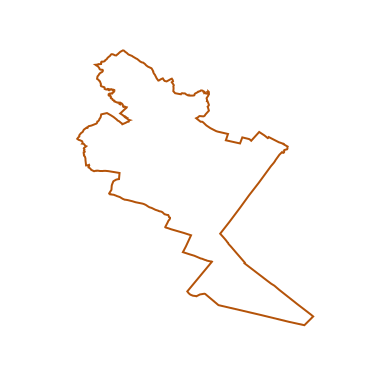 Grebanu, Buzau, Romania, rotated 349°
{"feature_id": "2599482B43231848905676", "entity_name": "Grebanu", "entity_type": "district", "adm_level": 2, "iso_a3": "ROU", "parent_name": "Romania", "parent_adm1": "Buzau", "projection": "natural_earth1", "projection_center": [26.952, 45.364], "detail": "fine", "context": "isolated", "style": "outline", "palette": "amber", "viewbox_px": 384, "rotation_deg": 349, "n_neighbors": 0, "source": "geoboundaries", "source_scale": "gbopen_adm2", "svg_char_len": 5806}
<svg xmlns="http://www.w3.org/2000/svg" viewBox="0 0 384 384"><g transform="rotate(349 192 192)"><path d="M287.2,337.3L285.5,335.2L274.1,322.3L258.8,304.5L255.0,299.7L252.2,297.1L248.6,293.1L229.9,272.0L230.4,271.5L223.5,259.5L220.1,253.5L218.2,250.4L217.8,249.6L217.7,248.7L217.3,248.4L216.3,246.2L214.1,242.3L211.7,238.3L222.9,228.6L236.4,216.4L247.4,206.1L259.3,195.7L274.3,181.8L277.8,179.0L279.5,177.4L279.7,177.0L284.9,172.1L287.9,170.1L288.0,170.5L289.1,171.0L289.3,171.0L289.7,170.8L290.0,170.5L290.2,169.9L290.2,169.1L290.7,168.4L293.5,168.2L293.9,167.7L294.1,167.1L294.3,165.8L294.5,165.6L291.0,162.6L291.2,162.3L290.8,162.0L290.7,162.1L290.2,161.8L289.8,161.5L287.5,160.1L287.1,160.0L279.7,154.2L277.8,152.7L277.0,153.5L276.7,153.6L273.9,150.3L269.4,145.9L259.9,153.0L258.9,151.6L258.1,150.9L251.8,148.0L248.4,153.5L235.1,147.7L238.4,141.9L228.9,137.7L227.4,136.9L222.2,132.8L218.8,129.4L216.2,125.7L215.4,125.0L213.9,124.7L210.2,120.4L212.0,119.9L213.3,119.1L214.0,118.9L217.4,119.9L218.1,119.9L219.2,119.4L219.3,119.2L220.1,118.4L224.1,115.4L223.8,112.0L223.6,111.3L225.0,110.2L225.2,109.7L224.6,105.9L224.0,105.7L224.2,105.3L224.3,104.1L224.2,102.7L226.4,100.4L226.8,99.7L227.3,99.3L227.6,97.0L227.1,96.3L227.0,96.8L226.7,97.0L226.1,96.9L226.2,97.5L226.0,98.1L225.6,98.3L224.9,98.1L223.7,97.6L223.7,97.2L223.2,97.2L223.4,96.9L223.2,96.8L223.2,96.5L223.4,96.4L223.3,96.1L222.8,96.0L222.9,95.8L222.5,95.6L222.6,95.4L222.0,94.9L221.7,94.5L220.2,94.0L219.2,94.5L217.3,94.7L217.3,94.9L213.7,96.0L213.3,96.4L212.8,97.4L212.4,97.6L210.3,97.4L209.1,97.0L208.5,97.1L207.6,96.7L207.5,96.4L207.3,96.6L206.7,96.5L204.9,95.1L203.9,93.9L201.7,93.4L201.1,93.1L199.8,93.6L199.7,93.9L199.3,93.8L194.3,91.8L192.9,89.5L193.7,86.6L193.9,84.6L194.5,83.8L194.5,83.5L193.1,80.4L194.5,79.7L194.4,78.4L193.8,76.9L192.8,77.1L188.2,78.6L186.4,77.8L185.9,77.1L185.0,74.9L183.2,75.3L181.3,76.0L180.9,76.2L180.2,76.2L178.9,73.5L178.7,72.4L178.5,72.0L177.9,69.7L177.2,68.5L176.8,66.6L177.0,66.4L177.0,66.2L176.1,63.5L175.8,62.8L172.6,60.5L171.0,58.7L170.5,57.7L168.8,55.7L167.7,55.3L166.2,54.2L163.6,51.0L162.5,50.2L160.5,48.4L160.0,48.0L159.1,47.0L156.3,45.2L155.7,44.7L154.5,43.0L153.3,41.8L152.1,40.2L151.2,39.8L148.4,40.7L146.2,42.0L145.9,42.3L145.1,42.6L143.7,43.5L142.2,43.0L141.7,42.5L140.5,41.7L139.4,41.4L138.7,41.6L137.4,42.8L135.9,43.5L134.4,44.5L133.7,45.3L131.8,46.2L131.5,46.7L130.8,47.0L129.5,47.1L128.7,47.0L128.5,46.8L127.5,47.3L127.5,48.1L127.2,49.0L124.9,48.8L124.5,48.6L123.5,48.9L121.5,48.7L122.4,49.7L123.6,50.6L124.7,52.9L124.7,53.5L125.2,54.2L125.5,54.4L127.5,55.0L127.7,55.7L127.6,56.1L127.0,56.8L126.5,57.1L124.8,57.6L123.3,58.6L122.7,59.4L121.3,60.5L120.4,62.8L121.2,63.6L122.0,64.7L122.2,65.3L122.7,65.7L123.2,68.7L122.8,69.9L123.0,70.8L126.0,72.5L126.1,72.8L125.9,74.1L126.9,74.8L127.6,75.1L129.0,74.7L130.1,75.2L129.6,76.0L129.9,76.2L130.0,76.3L130.9,75.8L131.5,76.0L131.8,75.7L132.2,75.6L133.4,76.3L134.2,76.5L134.7,76.8L133.9,77.4L134.9,78.1L134.4,78.5L134.2,79.0L133.6,79.2L132.3,80.2L132.1,80.1L132.0,79.7L131.4,79.7L130.6,80.0L130.1,79.7L129.7,79.7L129.2,79.9L128.9,80.1L128.9,80.5L128.7,80.6L128.6,81.1L128.7,81.4L129.1,81.6L129.6,81.3L130.3,82.1L130.2,82.8L130.6,83.3L130.2,84.1L130.4,84.6L131.4,85.2L131.6,85.6L131.6,86.0L131.7,86.5L133.2,87.5L133.0,88.2L135.8,90.0L135.9,89.9L136.5,90.0L137.2,90.4L137.6,91.9L138.3,92.3L138.8,90.8L139.9,91.7L140.3,92.3L140.7,93.1L140.6,94.1L141.0,95.0L140.8,95.1L140.9,95.4L141.4,95.6L142.1,95.2L143.4,96.1L144.1,96.4L143.8,96.8L142.0,97.8L136.5,101.2L138.3,102.9L139.8,104.7L140.1,104.6L140.6,104.9L141.4,105.8L140.8,106.1L141.5,106.8L142.4,107.1L142.1,107.4L143.8,109.1L144.7,109.6L144.0,109.7L143.6,110.1L143.5,110.6L143.3,110.8L143.0,110.5L139.8,111.5L136.5,112.2L136.1,111.1L135.3,110.4L134.0,108.7L132.5,107.5L132.1,106.7L129.3,103.4L127.1,101.3L123.6,98.3L119.6,98.4L117.7,98.5L116.5,101.3L115.6,102.2L115.1,102.6L114.7,103.4L113.7,104.4L113.2,104.7L112.5,104.8L112.3,105.4L112.0,106.0L111.2,106.6L105.9,107.6L103.1,107.7L102.2,108.3L101.7,109.1L101.1,109.1L100.8,108.7L97.7,110.2L96.1,112.2L94.5,112.9L92.7,114.3L92.1,115.0L92.1,115.8L91.9,116.1L90.8,116.7L89.5,117.9L90.5,119.0L91.1,119.4L91.7,119.7L93.6,121.0L93.9,121.5L94.0,122.6L94.0,123.2L93.5,123.6L94.9,124.1L95.5,125.1L95.7,125.6L96.3,126.5L96.9,126.9L96.0,127.4L94.5,128.1L94.1,128.6L94.5,130.0L93.9,130.6L94.4,132.0L93.9,132.5L93.2,132.5L93.1,133.1L93.0,134.0L93.2,134.8L93.0,135.0L92.9,135.7L93.6,136.7L93.8,138.6L93.5,140.6L93.1,145.7L95.5,145.9L96.1,145.7L96.2,146.2L95.9,146.5L95.8,147.0L95.2,147.4L95.1,148.1L95.9,148.8L96.7,149.7L97.3,151.0L99.8,152.9L102.2,152.8L102.6,153.1L103.4,153.0L105.6,153.8L107.9,154.3L110.0,154.5L111.0,154.7L114.0,155.6L124.5,159.5L122.8,165.4L121.5,165.3L119.9,165.4L117.0,166.4L116.7,166.7L114.9,169.5L114.4,170.5L114.1,171.6L113.5,173.9L113.3,174.5L110.4,177.6L110.6,178.1L111.7,178.6L111.6,178.8L114.7,179.8L115.7,180.5L116.3,180.8L117.4,181.6L120.2,183.2L122.7,185.5L123.9,186.3L124.7,186.8L125.3,186.9L127.4,187.7L131.7,189.7L134.7,191.3L141.3,194.0L142.7,194.8L144.3,196.0L145.8,197.5L147.2,198.8L149.3,199.9L152.7,202.5L155.4,204.0L155.5,204.2L156.8,204.9L157.5,205.1L158.2,205.5L159.1,206.2L160.8,208.6L161.4,208.8L162.6,209.5L164.3,210.1L164.6,211.4L164.6,212.1L165.5,213.0L165.4,213.7L164.4,215.0L163.9,215.2L163.4,215.7L162.0,217.6L159.1,221.2L159.0,221.4L159.2,221.7L162.2,223.3L164.4,224.6L176.1,230.6L182.8,234.3L175.6,244.3L171.6,249.3L178.1,252.9L182.1,255.0L188.0,259.0L188.9,259.3L191.7,261.1L192.9,261.7L193.5,262.2L197.0,263.7L198.1,264.0L198.3,264.2L168.4,288.7L169.3,290.5L170.3,291.9L171.3,292.8L173.2,294.0L175.4,294.7L176.4,295.2L176.6,295.2L176.8,295.0L177.8,294.8L180.2,294.1L184.7,294.2L185.5,294.6L196.4,308.1L236.2,325.9L262.3,337.9L276.9,344.2L287.2,337.3Z" fill="none" stroke="#b45309" stroke-width="2"/></g></svg>